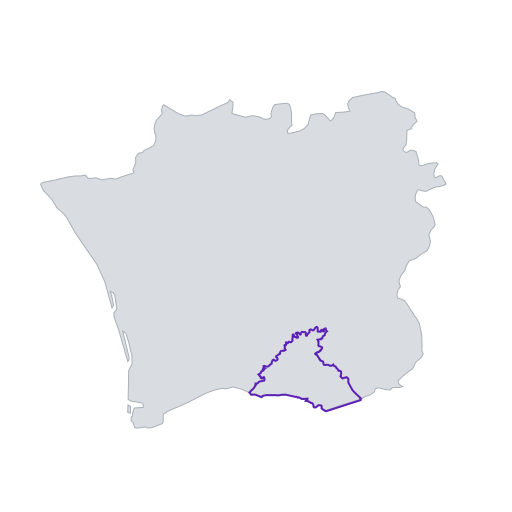 location of Gontougo, Zanzan, Ivory Coast, rotated 80°
{"feature_id": "98640826B5040161076408", "entity_name": "Gontougo", "entity_type": "district", "adm_level": 2, "iso_a3": "CIV", "parent_name": "Ivory Coast", "parent_adm1": "Zanzan", "projection": "natural_earth1", "projection_center": [-3.58, 7.921], "detail": "fine", "context": "in_parent", "style": "outline", "palette": "violet", "viewbox_px": 512, "rotation_deg": 80, "n_neighbors": 0, "source": "geoboundaries", "source_scale": "gbopen_adm2", "svg_char_len": 9462}
<svg xmlns="http://www.w3.org/2000/svg" viewBox="0 0 512 512"><g transform="rotate(80 256 256)"><path d="M124.8,91.6L126.4,91.5L130.5,90.1L134.3,86.9L137.8,80.3L142.6,74.9L147.9,75.3L149.5,74.4L151.4,74.2L153.6,77.7L155.8,80.3L157.4,80.4L158.6,85.5L168.3,87.6L172.5,89.0L176.0,92.7L177.2,92.8L178.7,92.0L179.8,90.7L180.1,89.3L178.6,86.0L179.3,83.0L180.8,80.3L183.3,80.1L187.1,79.4L191.4,79.4L194.7,79.8L196.0,77.2L194.8,69.6L195.1,65.5L195.6,62.0L196.8,60.6L201.6,65.0L206.1,66.6L209.2,66.7L210.1,65.9L208.8,61.1L209.1,59.6L210.3,58.8L212.4,58.3L218.0,56.3L218.6,56.7L219.6,64.3L219.1,66.7L220.3,71.9L221.7,76.6L221.6,78.6L220.4,81.5L219.0,84.2L219.2,85.3L221.4,87.2L225.7,89.1L230.1,89.5L232.6,86.7L235.2,84.5L237.0,82.5L237.6,79.5L240.4,77.3L248.5,74.6L255.9,74.2L257.7,75.0L261.0,79.2L265.3,82.1L271.7,81.7L276.4,83.4L280.5,86.6L283.2,93.7L286.2,98.8L287.5,106.1L292.1,110.0L295.8,111.7L300.8,117.0L306.0,119.7L311.3,119.1L313.8,121.8L317.8,123.8L321.8,124.0L325.3,117.8L329.9,115.4L341.7,110.5L346.3,108.3L351.0,106.9L362.3,106.5L372.8,108.0L378.0,109.1L381.5,108.3L384.9,111.2L388.4,117.3L391.3,119.2L394.2,121.3L396.4,126.1L398.9,130.9L400.3,133.0L403.5,137.7L406.2,137.8L408.8,135.8L410.0,134.3L410.5,137.4L409.5,142.4L409.7,145.5L411.2,146.7L410.4,150.7L407.3,157.6L407.3,161.6L410.3,162.9L412.5,167.1L413.8,174.5L415.2,176.9L415.3,178.4L417.5,196.2L420.3,214.0L418.5,216.3L416.1,217.0L414.6,217.9L414.1,219.5L415.2,221.9L414.5,224.2L411.5,225.7L405.0,231.4L404.5,233.6L402.8,238.4L401.4,241.4L399.2,246.8L395.9,261.3L394.6,273.2L394.4,276.9L393.1,279.5L391.6,283.2L384.5,293.5L380.9,301.8L381.4,305.5L381.6,309.1L380.5,311.8L380.7,318.8L381.6,324.8L382.8,330.6L388.0,347.0L390.6,357.0L392.3,365.1L393.8,370.5L395.1,372.7L395.7,374.8L403.3,376.3L404.8,377.4L406.9,387.9L406.6,392.7L405.1,394.5L405.1,398.5L404.8,403.5L403.7,405.4L399.4,405.7L396.5,407.6L392.7,406.8L392.3,405.6L390.2,405.2L384.6,402.3L385.5,393.2L382.9,392.8L380.8,394.0L376.8,405.0L374.9,406.8L346.6,401.2L340.5,396.7L333.1,395.6L320.3,396.2L309.8,397.5L306.7,400.3L333.4,398.6L336.3,399.0L337.6,400.6L303.9,404.2L291.0,406.4L287.2,405.8L284.3,402.3L270.3,401.9L267.4,403.0L265.7,405.6L271.2,405.0L279.9,404.9L282.2,406.8L255.0,409.4L236.2,414.3L228.2,418.0L201.8,430.0L185.8,435.6L181.6,437.7L174.3,443.5L164.9,447.2L154.4,454.1L147.9,455.7L146.5,453.5L146.3,441.8L145.5,426.2L145.8,420.2L146.7,414.6L146.7,410.0L149.9,408.2L150.8,406.3L151.2,400.2L154.2,394.7L154.3,385.1L155.2,383.1L155.9,380.5L154.6,374.2L153.0,362.3L152.2,361.6L151.4,362.1L149.8,362.3L143.2,358.2L138.1,357.5L134.5,354.0L134.3,350.0L132.5,347.6L131.3,343.0L129.6,337.7L124.5,334.5L119.8,333.7L116.5,334.4L112.5,334.2L108.0,332.4L104.9,330.4L102.0,326.5L99.3,323.4L97.1,323.8L94.4,323.1L91.8,321.7L91.0,320.6L101.9,308.2L105.7,302.2L106.1,298.5L106.1,294.8L107.3,290.9L107.7,285.1L101.7,264.0L100.1,257.4L98.5,255.5L97.5,254.8L100.5,252.0L104.8,252.8L111.2,254.9L112.6,252.8L117.6,242.1L117.4,238.1L117.0,235.4L119.8,228.1L122.1,225.2L123.3,222.2L122.9,218.0L121.2,216.5L119.0,216.7L116.3,215.7L112.1,213.3L110.1,211.2L110.7,201.5L111.1,198.5L112.6,196.8L114.9,196.3L121.3,196.1L126.4,197.2L131.0,197.8L133.4,197.8L135.4,200.7L138.0,203.6L140.3,203.6L141.1,201.4L140.6,191.8L139.1,186.8L135.6,181.9L126.6,177.8L126.4,172.0L127.3,165.7L129.3,163.4L136.0,159.4L134.8,157.2L132.7,154.9L128.5,152.6L129.5,145.1L129.7,138.4L126.1,139.1L122.4,139.5L119.3,137.4L116.7,133.4L116.3,122.1L116.3,109.2L115.9,103.4L116.9,100.4L120.0,97.5L123.5,93.9L124.8,91.6ZM389.0,407.0L387.5,409.5L380.4,407.9L382.1,405.8L389.0,407.0Z" fill="#d9dde1" stroke="#a8b0b8" stroke-width="1"/><path d="M342.5,199.2L341.1,200.0L340.7,200.1L340.0,199.9L339.6,199.9L339.4,200.0L339.3,200.3L339.7,201.5L339.9,201.9L340.0,202.1L340.7,201.9L341.8,202.2L342.0,202.5L341.7,203.2L341.4,203.5L341.0,203.6L340.3,203.7L340.1,204.1L340.1,204.3L340.5,204.6L340.6,205.0L341.8,205.3L341.8,205.5L341.8,205.9L341.4,206.7L341.4,207.7L341.2,208.2L341.0,208.4L340.7,208.4L339.0,208.0L337.4,207.8L336.7,208.1L336.4,208.5L336.3,208.9L336.3,209.0L336.7,209.4L337.3,210.4L338.7,211.7L339.2,212.6L339.1,212.9L338.9,213.4L338.4,214.0L337.9,214.7L337.8,215.1L337.9,215.8L338.3,216.3L339.1,216.2L340.3,216.7L340.5,216.7L340.6,217.2L341.1,217.7L341.3,217.8L341.7,218.5L342.2,219.0L342.3,219.4L343.2,219.6L343.3,219.8L343.3,220.4L343.0,220.6L342.5,220.5L341.9,220.6L341.7,220.5L341.4,220.3L340.8,220.3L339.9,220.4L339.5,220.8L339.3,221.1L339.4,222.0L339.2,222.6L338.8,223.2L338.7,224.1L338.9,224.4L339.2,224.6L340.0,225.5L340.8,225.6L341.0,225.6L341.1,225.8L341.1,226.1L340.9,226.4L340.0,226.5L339.3,227.5L338.9,227.6L338.8,227.8L338.5,228.5L338.8,230.0L339.1,230.3L339.3,230.3L340.4,229.2L340.7,229.1L341.4,229.2L342.2,229.1L343.2,228.6L343.5,228.7L343.6,228.8L343.6,229.2L343.7,229.7L343.5,230.2L342.5,231.2L342.5,231.3L342.6,231.7L342.5,231.8L342.1,232.2L341.5,232.4L341.0,232.4L340.5,232.6L340.0,232.6L339.8,232.9L339.7,233.1L339.8,233.4L341.3,233.9L342.8,233.9L343.2,234.3L344.0,234.7L344.4,234.7L344.6,234.6L345.0,234.6L345.9,234.8L346.2,235.2L346.4,235.7L346.9,236.2L347.0,236.9L346.7,237.4L346.3,237.8L346.2,238.7L346.4,239.0L347.2,239.6L347.3,239.8L347.0,240.4L346.8,240.4L346.3,241.1L346.3,241.5L346.6,241.6L346.8,241.6L347.4,241.3L347.8,241.3L348.8,241.8L348.9,242.1L348.8,242.5L348.6,242.6L348.6,242.9L348.9,243.5L349.5,243.5L350.0,243.3L350.4,243.3L351.3,243.7L352.3,243.5L352.7,243.9L353.1,243.9L353.4,243.8L353.7,243.4L353.8,243.6L354.2,244.7L354.0,245.2L354.1,245.8L353.9,246.4L353.9,247.5L354.0,248.0L354.4,248.5L355.0,248.9L355.3,249.2L356.0,249.1L356.7,249.6L356.8,249.9L356.7,250.6L357.6,252.0L357.8,252.5L357.9,253.1L358.2,253.4L358.6,253.8L359.1,253.7L359.4,253.5L360.0,252.9L360.4,252.6L360.7,252.6L361.2,252.6L362.1,253.2L362.4,253.7L362.4,254.3L362.6,255.1L362.1,255.8L361.6,256.2L361.2,256.4L361.1,256.9L361.2,257.2L361.6,257.8L362.1,257.9L362.5,258.5L362.8,258.7L363.6,259.0L364.4,259.1L364.8,259.4L365.1,260.0L365.2,260.6L365.4,261.0L365.7,261.5L366.2,261.9L366.8,262.9L366.9,263.8L366.7,265.3L366.6,265.6L366.3,265.8L365.7,266.8L365.9,267.2L365.8,267.6L366.1,267.6L366.6,267.5L366.8,267.7L366.9,267.9L367.1,267.9L367.7,268.2L367.6,267.6L367.7,267.4L367.9,267.5L367.9,267.9L368.2,268.2L368.3,267.8L368.4,267.6L368.5,268.3L368.9,268.2L368.7,267.7L368.8,267.6L369.1,267.8L369.2,268.0L369.1,268.3L369.1,268.5L369.3,268.7L369.7,268.3L370.0,268.6L369.8,269.1L370.0,269.1L370.2,269.4L370.3,269.8L370.4,270.6L370.8,270.9L371.1,271.0L371.3,271.2L371.9,271.4L372.6,273.1L373.0,273.7L373.1,274.1L374.4,273.2L374.9,273.1L375.0,272.7L375.5,272.5L376.0,272.6L376.4,272.0L376.5,272.1L377.2,272.0L377.3,272.1L377.5,271.9L377.5,271.6L377.6,271.4L377.6,271.0L377.5,270.6L377.3,270.2L376.7,269.7L376.6,269.3L376.7,269.2L377.4,269.0L378.2,269.0L378.9,269.0L379.8,269.3L380.2,269.7L380.1,270.3L380.3,274.7L380.6,275.3L380.8,275.7L381.4,276.2L381.6,276.5L381.7,276.9L381.6,278.3L382.0,278.1L382.7,278.2L382.8,278.5L382.6,278.8L383.1,279.3L383.6,279.2L385.2,280.6L386.4,282.0L386.9,282.9L387.3,283.3L387.5,283.8L389.3,286.2L390.8,285.3L391.8,284.9L392.3,280.9L396.0,275.1L394.8,273.0L394.9,268.8L395.1,268.6L395.5,266.8L395.5,265.7L395.8,265.0L396.3,261.6L397.2,258.2L397.1,255.2L397.6,251.2L401.6,241.6L401.6,240.6L402.7,239.6L402.6,238.4L404.9,235.5L405.4,230.1L406.3,230.5L407.1,232.0L407.3,232.2L407.8,230.9L408.3,229.8L408.8,229.0L409.5,228.2L409.7,227.9L409.9,227.8L410.4,227.3L410.3,226.9L410.4,226.5L410.7,226.2L412.1,225.5L414.9,225.4L415.1,225.2L415.5,223.9L415.5,223.5L414.0,220.9L413.8,220.5L414.1,218.8L414.7,217.7L415.0,217.4L416.9,217.8L417.5,217.9L418.1,217.5L420.9,214.4L421.0,213.9L420.9,212.9L416.1,178.0L415.7,177.8L414.5,178.2L413.8,178.0L413.8,177.9L408.9,181.6L405.0,184.2L396.9,187.0L396.6,186.9L395.9,187.0L394.9,186.8L394.1,186.5L393.7,186.6L393.3,186.5L392.6,186.5L391.7,187.4L391.3,187.5L391.2,187.6L391.1,188.6L391.4,189.0L391.2,189.6L391.3,190.8L391.4,191.2L391.7,191.7L391.0,192.5L389.5,193.6L389.2,193.7L388.9,193.3L388.6,193.1L387.9,193.2L387.1,192.7L386.5,192.6L386.1,192.4L384.6,192.3L383.7,193.1L383.5,193.4L383.6,194.3L383.3,194.7L382.9,194.9L381.9,195.1L380.8,195.7L380.5,196.2L380.1,196.3L379.7,196.3L378.9,196.7L378.5,197.0L378.4,197.4L378.2,197.6L377.9,198.2L377.2,198.6L376.7,198.6L376.3,198.7L376.5,199.3L376.9,199.7L377.0,200.1L377.0,200.7L377.2,201.1L376.9,201.9L376.8,202.6L375.8,203.6L375.7,203.9L375.3,205.7L375.4,206.1L375.4,206.4L375.0,207.9L374.0,208.3L373.6,208.3L373.2,208.2L371.7,208.3L371.4,208.5L371.3,208.8L371.2,208.8L371.0,209.0L370.8,209.6L370.6,209.8L370.4,210.5L370.2,210.8L369.9,210.8L369.5,210.7L369.3,210.8L368.8,211.4L368.3,211.4L368.0,211.6L367.7,211.5L367.4,211.6L367.1,211.9L365.5,212.7L365.0,212.7L364.7,212.9L364.5,213.0L364.3,213.1L363.9,213.2L363.5,213.5L363.6,213.9L363.5,214.1L362.9,214.7L362.5,214.7L362.3,214.5L361.6,213.1L361.5,212.9L361.7,212.4L361.4,212.0L361.6,211.1L361.4,210.7L361.1,210.5L361.0,210.0L360.6,209.8L360.6,209.3L360.4,208.8L360.3,208.6L359.7,208.6L359.6,208.2L359.1,207.8L358.6,207.0L357.8,206.8L357.3,206.9L356.9,207.6L356.1,208.4L355.9,209.1L355.8,209.5L355.6,209.5L355.1,210.1L354.9,210.2L354.6,210.0L353.8,209.9L353.5,209.7L351.9,209.5L351.2,209.3L350.9,209.6L349.5,209.7L349.2,209.9L349.0,208.9L349.2,208.3L349.1,207.5L349.3,206.6L348.7,206.3L348.7,206.2L348.7,205.2L348.6,204.9L347.9,204.8L346.8,204.2L346.4,203.7L346.2,202.5L346.0,202.1L344.9,201.8L343.8,201.1L343.2,200.5L343.0,199.9L342.6,199.6L342.5,199.2Z" fill="none" stroke="#5b21b6" stroke-width="2"/></g></svg>